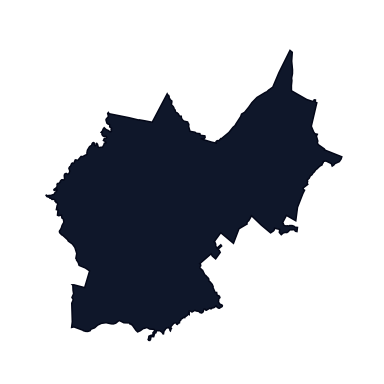 outline of Amealco de Bonfil, Querétaro, Mexico, rotated 97°
{"feature_id": "50627088B28014095669101", "entity_name": "Amealco de Bonfil", "entity_type": "district", "adm_level": 2, "iso_a3": "MEX", "parent_name": "Mexico", "parent_adm1": "Querétaro", "projection": "albers", "projection_center": [-100.096, 20.187], "detail": "fine", "context": "isolated", "style": "filled", "palette": "ink", "viewbox_px": 384, "rotation_deg": 97, "n_neighbors": 0, "source": "geoboundaries", "source_scale": "gbopen_adm2", "svg_char_len": 6068}
<svg xmlns="http://www.w3.org/2000/svg" viewBox="0 0 384 384"><g transform="rotate(97 192 192)"><path d="M341.1,295.0L340.3,292.7L342.6,283.0L342.9,282.9L343.3,280.4L343.1,278.4L342.1,276.2L340.5,275.6L338.7,272.1L335.6,269.4L333.4,265.9L332.2,261.3L332.7,256.0L332.5,253.9L331.5,251.7L328.9,249.2L328.5,248.2L330.1,243.7L329.6,238.2L330.0,237.7L330.5,237.6L330.5,236.4L330.9,236.3L331.1,235.9L330.9,235.5L336.1,230.8L337.5,228.9L335.9,226.3L333.4,223.7L333.1,222.5L332.2,220.7L332.1,219.9L333.2,217.3L333.0,213.2L333.2,212.6L333.6,212.3L334.9,212.5L336.4,213.6L338.3,213.3L338.7,213.6L339.3,215.4L340.4,217.2L342.8,217.3L343.7,217.6L344.5,216.9L344.5,215.8L343.6,215.2L341.0,215.1L340.4,214.3L340.3,212.4L337.3,211.9L336.4,211.3L336.1,210.6L334.0,210.4L333.6,207.0L335.0,204.5L336.3,203.6L336.3,203.0L333.7,202.9L330.4,201.1L329.3,198.8L331.0,197.2L332.2,196.9L332.5,196.5L330.6,196.2L330.1,195.8L329.9,196.1L328.3,196.6L324.7,194.2L323.9,193.0L323.9,192.3L324.2,191.5L325.0,191.2L325.2,190.3L323.9,189.7L323.4,188.5L321.6,188.5L320.5,187.5L319.4,187.3L318.6,186.0L317.5,185.2L317.6,183.9L317.0,183.8L314.7,181.4L313.9,181.1L313.7,180.6L314.0,179.8L312.6,180.0L312.3,180.4L311.9,180.0L311.0,180.4L310.4,180.3L310.1,179.6L311.1,177.4L309.0,174.6L309.6,173.5L309.6,172.0L309.9,170.2L310.7,169.4L310.9,167.6L309.7,166.4L306.7,165.8L306.7,164.6L307.7,163.7L307.6,163.3L305.3,160.4L305.7,158.9L305.2,158.2L304.7,158.3L304.3,157.9L304.4,156.8L303.8,155.7L302.1,154.2L303.1,153.3L304.0,151.7L304.0,150.6L303.8,150.2L302.9,149.8L302.6,148.7L301.9,148.1L301.1,148.0L300.5,148.5L299.8,150.9L299.1,151.3L298.1,152.3L294.6,152.4L293.5,151.4L292.2,152.0L292.0,152.6L291.6,152.8L291.7,153.6L291.1,154.6L288.7,155.3L289.0,156.7L284.3,159.5L283.3,159.5L281.2,160.7L279.0,163.1L278.5,164.0L277.8,164.5L276.2,164.8L274.9,166.0L274.3,167.0L273.3,168.0L272.6,169.3L268.2,172.1L268.3,173.0L267.3,173.6L266.3,175.0L265.0,175.0L264.2,174.3L262.6,174.8L262.2,175.6L251.0,165.5L253.0,164.1L255.5,160.4L248.5,156.6L246.7,157.8L246.4,158.5L245.6,159.1L242.0,156.0L240.9,157.0L244.7,160.4L242.7,161.9L240.9,162.1L238.6,163.4L238.6,163.9L228.9,158.5L237.9,144.6L222.8,140.9L217.0,133.4L216.1,133.9L214.5,133.1L213.6,132.2L208.3,130.0L216.4,119.2L223.0,109.0L220.7,106.4L219.5,105.7L217.9,105.7L218.4,100.4L221.5,100.4L223.5,98.2L221.5,96.4L220.8,94.6L220.7,92.9L219.6,91.6L217.7,90.4L216.9,85.5L217.8,85.2L218.4,84.4L218.5,83.0L214.3,83.0L214.4,85.4L213.5,86.7L213.1,88.6L213.4,91.0L214.0,92.0L213.9,93.6L214.3,94.1L214.1,96.1L213.2,97.2L212.0,97.6L211.5,98.4L203.7,95.4L207.9,85.5L194.3,85.4L180.2,81.8L176.5,80.5L176.0,81.5L174.7,82.4L170.3,78.0L169.2,78.7L167.2,78.5L166.1,79.1L164.1,77.4L161.7,76.6L160.2,75.0L158.4,74.2L157.2,73.1L154.7,71.8L153.4,70.3L152.5,69.8L150.7,68.2L149.2,66.2L148.3,66.2L146.8,65.4L145.6,65.3L144.9,62.8L146.8,57.2L149.2,56.0L148.0,54.6L146.4,53.6L143.9,49.5L141.0,48.0L138.8,47.6L134.1,65.5L133.8,65.3L133.1,65.9L129.4,72.8L127.0,73.7L126.2,73.3L120.4,75.7L120.0,75.6L119.9,74.6L119.4,74.6L119.2,77.1L117.7,78.5L112.2,81.6L88.2,79.0L87.9,80.5L85.6,80.7L85.6,81.9L86.3,81.9L87.4,83.3L86.2,89.4L79.4,105.6L74.3,106.3L69.4,106.4L66.8,107.0L62.4,106.7L58.6,107.1L49.9,109.0L41.1,109.5L39.5,112.0L63.0,120.3L78.1,124.6L81.4,128.3L83.6,130.1L84.1,131.2L90.2,139.0L96.0,143.4L100.9,146.0L106.5,149.5L108.6,152.3L111.3,152.9L119.7,157.0L120.0,156.6L122.8,159.2L128.4,162.6L135.7,169.5L135.5,169.9L137.8,171.5L137.8,172.7L138.3,173.7L139.1,174.3L140.5,173.9L140.1,178.6L138.1,190.1L137.2,186.1L136.1,185.6L134.7,186.1L134.7,190.7L133.1,191.3L133.2,194.8L132.3,196.3L132.0,201.4L127.4,203.3L125.1,203.4L124.9,203.8L123.0,204.9L122.6,208.9L121.2,210.6L119.9,211.5L118.1,211.9L118.2,213.7L116.1,215.1L116.0,215.6L115.3,216.2L115.1,217.4L114.3,218.2L112.6,218.8L111.4,220.1L110.7,220.2L109.8,220.8L108.9,221.7L108.4,222.6L107.1,223.2L105.9,222.9L105.3,223.3L104.5,223.0L104.0,223.2L103.0,225.1L102.5,225.1L102.5,225.7L101.3,226.3L100.7,226.1L99.8,226.5L99.7,226.9L99.0,226.9L98.5,228.0L97.6,228.6L127.6,240.0L127.0,248.8L126.8,253.1L127.1,253.2L125.9,263.7L124.4,283.8L123.3,284.7L124.3,285.3L126.5,284.4L127.6,284.3L129.8,285.9L130.9,286.2L134.0,284.9L134.8,283.7L135.1,282.0L137.4,281.6L138.6,279.6L140.2,279.9L141.5,279.4L142.2,280.1L142.2,280.8L141.1,282.7L140.5,284.8L138.9,287.0L140.6,288.0L141.9,288.1L143.9,289.5L144.3,288.5L145.8,288.4L147.0,287.5L147.5,286.4L147.1,284.2L147.9,283.4L148.4,283.2L148.9,283.5L149.4,285.5L151.7,286.2L152.5,284.0L153.6,283.3L153.9,283.6L154.0,284.6L154.3,285.0L155.5,285.1L158.6,286.3L158.6,287.7L159.2,289.3L159.0,290.5L156.2,291.6L155.3,292.5L155.6,293.0L157.2,292.9L158.0,293.8L157.6,294.4L155.2,295.1L154.9,295.7L155.3,296.5L156.1,297.0L157.9,297.3L159.4,299.2L163.2,300.9L166.3,301.1L166.8,300.6L167.4,300.8L168.2,301.6L168.2,302.1L170.2,304.8L170.2,306.4L174.3,309.1L174.6,309.9L174.2,311.1L174.4,311.8L177.7,312.7L178.1,313.2L177.8,314.3L178.6,315.0L181.3,315.7L181.9,316.5L183.4,317.1L186.2,315.8L188.4,316.3L189.7,317.3L188.9,318.8L189.1,319.7L189.8,320.6L191.4,320.8L194.4,320.1L195.4,320.5L195.8,321.1L195.6,322.4L195.8,322.9L197.1,323.9L198.4,324.2L199.6,325.1L200.0,326.6L201.1,326.9L202.1,326.6L203.1,326.6L204.9,327.7L205.9,329.0L206.7,329.4L207.2,329.0L207.1,328.4L205.8,326.4L206.6,326.1L208.2,326.9L209.3,327.9L211.1,328.6L212.6,331.7L212.8,333.6L213.6,335.0L212.8,335.9L213.1,336.4L214.2,335.5L214.8,332.6L215.4,332.4L215.6,331.0L216.4,330.1L216.1,328.2L217.2,326.6L217.9,326.7L218.0,326.0L219.0,325.7L219.0,324.8L220.4,323.7L221.8,324.2L226.0,324.5L226.2,322.8L231.4,322.7L231.8,321.5L230.9,318.6L233.6,318.0L234.5,316.4L237.6,315.5L241.0,316.9L243.5,317.3L245.5,318.0L246.6,318.7L247.6,318.8L248.6,318.3L250.4,316.1L250.7,315.1L253.7,310.8L254.5,309.7L255.8,308.8L258.2,304.4L261.3,301.5L267.1,298.9L272.0,299.2L272.7,298.5L273.6,298.3L275.5,296.6L276.2,296.3L276.9,295.6L277.3,295.7L278.6,295.1L280.4,288.6L282.8,284.0L300.0,286.9L298.5,297.9L298.7,299.4L299.1,298.9L304.1,298.1L307.4,297.1L311.3,298.3L313.4,296.7L317.0,297.8L335.4,295.0L341.1,295.0Z" fill="#0f172a" stroke="#020617" stroke-width="1.5"/></g></svg>